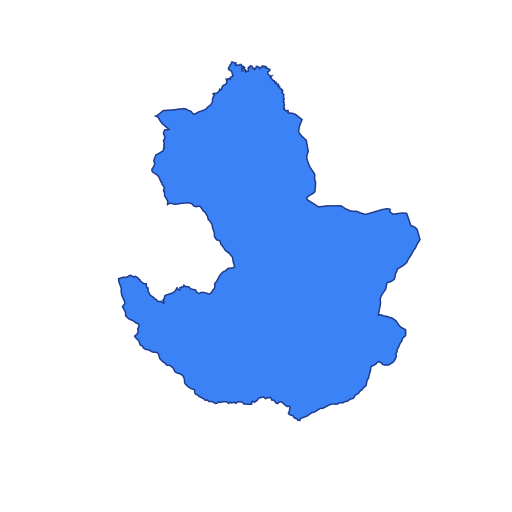 the district of Piñas, El Oro, Ecuador, rotated 53°
{"feature_id": "8360857B66952763601704", "entity_name": "Piñas", "entity_type": "district", "adm_level": 2, "iso_a3": "ECU", "parent_name": "Ecuador", "parent_adm1": "El Oro", "projection": "mercator", "projection_center": [-79.823, -3.71], "detail": "fine", "context": "isolated", "style": "filled", "palette": "blue", "viewbox_px": 512, "rotation_deg": 53, "n_neighbors": 0, "source": "geoboundaries", "source_scale": "gbopen_adm2", "svg_char_len": 6128}
<svg xmlns="http://www.w3.org/2000/svg" viewBox="0 0 512 512"><g transform="rotate(53 256 256)"><path d="M83.9,251.9L86.6,250.5L88.7,251.1L93.7,251.3L102.4,249.3L102.0,250.8L100.4,252.7L100.5,253.4L102.1,255.9L107.0,257.6L108.0,260.2L109.2,261.1L110.2,260.9L112.0,262.9L113.9,264.2L114.5,264.1L114.2,264.7L116.2,266.9L115.1,275.3L118.3,280.3L121.1,281.1L122.8,283.3L124.3,287.3L126.4,288.1L131.9,286.2L134.4,286.0L140.2,287.4L140.7,286.9L142.0,287.9L145.5,287.8L146.6,288.3L147.5,289.9L149.0,291.0L149.7,290.4L153.0,292.8L159.0,293.4L161.6,295.6L161.7,293.9L162.5,292.4L166.1,289.5L169.5,283.0L173.2,277.5L175.7,275.8L178.9,275.5L180.7,274.0L181.8,271.6L182.7,270.8L188.6,270.9L190.3,270.3L195.3,270.9L198.4,272.3L200.2,271.7L204.6,272.2L207.2,273.7L212.2,275.2L215.1,277.3L217.2,277.7L219.7,277.6L221.5,276.0L222.4,275.8L225.9,277.0L227.5,276.7L233.0,277.1L236.4,276.2L236.6,275.8L242.9,275.5L247.7,278.1L249.6,278.4L250.0,279.0L251.9,279.5L251.5,281.9L249.7,284.6L249.0,286.4L249.5,289.3L248.9,291.5L249.1,294.0L249.8,296.9L252.6,302.8L253.2,305.6L256.5,308.0L258.5,314.7L258.4,316.1L253.9,319.4L252.0,321.8L251.7,324.0L250.8,324.8L248.5,325.0L246.7,324.7L243.1,327.9L240.3,328.2L238.5,329.9L238.1,330.9L235.9,331.1L236.8,332.8L236.0,333.8L236.1,334.7L235.5,335.8L236.9,336.4L237.2,337.3L236.3,338.2L233.9,338.2L235.3,341.5L235.4,344.5L232.8,352.4L235.1,355.6L235.2,357.0L236.9,356.9L238.1,357.9L235.0,359.3L233.2,361.9L230.8,361.8L229.5,362.6L227.8,362.7L223.4,364.1L218.7,363.1L216.6,361.4L215.7,362.1L214.3,361.8L212.1,360.3L210.4,362.4L206.4,363.4L205.2,363.0L204.3,363.6L203.2,363.3L201.4,363.8L199.4,364.8L199.2,366.4L196.5,367.4L195.3,368.7L195.5,370.3L194.9,372.3L194.4,373.4L193.3,374.3L191.4,379.4L193.9,381.0L200.7,383.0L203.5,385.3L206.9,386.9L214.2,388.6L215.1,389.6L216.1,393.1L221.9,394.0L223.8,394.9L225.0,396.0L226.0,396.1L229.9,395.3L234.1,392.9L237.2,392.2L239.5,390.7L241.5,391.4L242.9,394.2L245.6,395.7L246.7,397.6L247.0,401.1L248.7,401.3L253.4,400.6L256.9,401.9L257.9,401.9L259.2,400.9L261.7,401.2L264.0,400.5L266.3,398.3L270.3,396.5L273.8,392.8L275.2,392.8L280.1,394.6L284.3,394.1L286.5,393.2L289.5,392.9L291.6,390.6L295.7,389.6L299.6,390.3L301.1,389.9L305.1,387.2L307.6,386.4L310.8,387.1L314.2,389.2L315.4,389.5L318.6,389.1L322.4,387.9L325.7,385.6L328.7,387.3L330.3,387.3L332.5,385.9L333.7,386.1L338.7,383.6L340.9,383.3L341.4,381.7L344.0,381.1L345.9,378.6L349.3,377.2L350.2,375.3L349.9,373.5L351.5,372.8L351.9,371.2L354.3,367.5L357.4,366.4L357.2,364.6L358.8,363.9L359.3,361.8L361.6,360.7L361.4,358.7L362.7,356.6L364.5,354.9L366.9,354.7L371.5,349.2L371.6,348.3L370.1,347.5L369.8,346.7L370.2,345.9L371.9,345.3L372.0,341.9L371.2,339.9L371.3,339.0L372.8,335.3L373.9,334.6L375.7,334.3L375.8,332.9L377.5,329.8L378.5,329.6L380.6,330.1L381.8,328.5L385.9,328.4L386.7,327.8L386.7,325.2L387.2,323.9L387.9,323.4L394.7,321.9L396.3,319.7L397.3,319.8L400.3,323.1L400.8,324.5L401.6,324.9L402.9,324.7L405.6,322.7L408.8,322.7L410.6,321.2L412.0,321.5L413.2,320.7L413.9,319.3L413.7,319.8L413.3,319.4L412.6,317.9L414.5,311.6L414.7,305.8L415.8,303.2L416.4,296.3L417.9,294.3L419.0,287.2L419.9,284.3L423.1,280.5L423.7,277.1L425.5,275.0L425.9,272.2L427.0,270.7L427.0,267.0L428.1,264.4L428.0,263.0L426.9,260.7L427.3,257.0L426.5,254.1L426.6,251.9L425.8,248.5L425.8,246.1L422.5,242.6L420.8,239.0L418.8,237.0L416.6,233.7L414.0,231.4L413.6,230.3L414.5,225.7L413.9,223.3L414.1,221.9L416.1,220.4L419.1,220.0L420.7,218.7L422.9,215.6L423.3,209.9L422.2,207.0L420.7,204.4L418.2,203.1L417.2,200.7L415.8,200.0L414.7,197.2L412.5,193.6L411.7,190.9L409.8,188.2L409.7,184.6L406.9,182.2L406.2,182.2L405.8,181.4L404.7,181.0L400.2,183.1L398.1,183.5L391.8,183.2L387.4,184.7L385.4,186.4L383.9,187.0L380.9,189.9L378.0,191.8L376.8,193.8L368.5,184.8L364.8,182.5L362.7,179.0L360.5,172.4L356.5,167.8L356.4,166.6L357.3,164.9L357.9,160.8L357.6,159.4L356.2,157.3L353.9,155.1L353.1,152.9L351.5,151.1L352.2,144.5L351.9,139.4L350.2,136.4L348.7,131.9L346.2,126.5L345.6,123.9L343.6,120.5L341.6,115.2L332.0,111.4L329.1,111.6L326.3,113.0L325.1,114.1L312.9,110.1L312.3,110.2L309.7,113.3L305.1,121.4L303.0,122.1L300.6,122.3L299.6,120.8L297.4,122.3L294.9,127.2L288.8,143.4L284.0,147.0L280.7,148.8L279.0,151.3L276.9,153.4L271.9,156.2L267.1,157.9L258.6,169.3L254.5,176.5L242.3,181.0L240.8,181.2L240.0,180.0L239.7,178.4L240.4,171.4L239.5,169.5L238.0,168.7L237.6,167.8L232.8,163.9L230.5,163.3L226.0,159.9L217.5,159.4L212.1,158.0L208.5,156.6L205.8,154.3L204.0,151.4L193.9,146.2L187.2,147.4L182.6,147.4L178.5,143.3L174.8,137.1L166.5,139.3L163.2,141.7L161.3,144.2L160.6,144.2L160.3,143.4L158.9,142.9L158.1,145.0L156.5,144.8L155.5,145.5L154.7,144.1L154.0,144.3L153.2,143.6L152.6,142.4L150.5,142.0L150.1,140.9L148.9,141.0L147.9,140.0L147.9,139.2L145.5,138.3L143.7,136.6L140.8,137.0L140.4,135.5L139.7,135.8L139.1,135.0L135.5,136.1L135.0,135.1L133.8,135.6L133.6,136.1L132.5,134.8L130.0,136.6L129.4,135.4L128.6,136.2L127.2,135.9L126.7,136.8L125.6,136.6L124.9,137.0L123.3,136.6L121.9,137.1L121.6,135.2L121.3,135.9L118.9,136.9L117.5,136.8L116.0,135.8L116.2,133.6L115.3,132.6L114.7,133.4L112.9,133.8L111.4,135.2L111.1,134.2L110.7,134.0L108.0,136.7L109.0,137.2L108.4,138.3L108.6,140.3L106.9,140.0L104.8,141.5L106.0,143.6L106.2,145.0L104.7,144.6L104.0,145.6L102.1,145.0L100.7,146.0L101.5,146.6L101.7,147.7L101.6,148.3L100.8,148.2L100.8,148.6L102.3,150.0L103.7,150.5L102.9,153.5L102.2,153.6L101.8,152.5L100.4,152.6L99.7,155.7L97.6,154.2L99.0,152.4L98.8,151.7L96.6,152.0L96.2,153.3L94.2,152.6L93.5,153.4L93.1,155.5L92.0,156.1L91.6,157.6L91.1,157.6L89.6,155.8L88.9,157.0L87.0,158.0L86.5,158.7L87.7,160.4L88.0,161.9L89.7,165.3L91.0,165.5L93.7,164.3L98.2,166.0L98.5,166.5L97.9,168.7L98.3,169.7L99.4,170.2L97.5,171.6L98.0,173.1L97.0,173.4L100.1,175.0L100.6,177.4L100.0,179.9L102.2,183.9L101.0,184.7L101.9,185.4L102.4,189.5L100.4,192.4L100.8,192.8L102.9,192.7L103.4,194.8L105.0,196.8L106.6,197.8L108.2,201.6L108.0,204.5L108.5,207.4L108.1,210.3L107.3,211.8L107.5,212.8L106.5,214.5L105.9,218.9L105.2,220.4L104.9,220.8L101.3,220.9L98.6,222.7L96.7,223.3L94.5,225.2L94.2,226.7L93.0,227.8L90.0,233.4L84.1,242.5L84.4,250.5L83.9,251.9Z" fill="#3b82f6" stroke="#1e3a8a" stroke-width="1.5"/></g></svg>